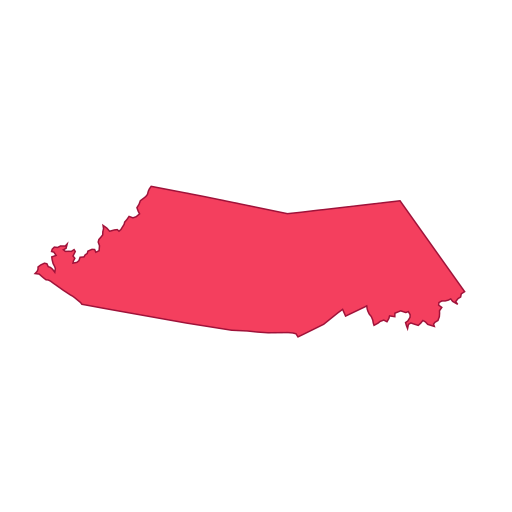 the district of Urupá, Rondônia, Brazil, rotated 193°
{"feature_id": "56859067B96121006788603", "entity_name": "Urupá", "entity_type": "district", "adm_level": 2, "iso_a3": "BRA", "parent_name": "Brazil", "parent_adm1": "Rondônia", "projection": "orthographic", "projection_center": [-62.372, -11.115], "detail": "fine", "context": "isolated", "style": "filled", "palette": "rose", "viewbox_px": 512, "rotation_deg": 193, "n_neighbors": 0, "source": "geoboundaries", "source_scale": "gbopen_adm2", "svg_char_len": 2258}
<svg xmlns="http://www.w3.org/2000/svg" viewBox="0 0 512 512"><g transform="rotate(193 256 256)"><path d="M457.9,186.8L455.3,185.6L453.1,185.9L450.5,185.3L448.1,184.2L441.5,181.5L436.7,179.5L428.1,176.3L425.6,175.6L423.3,174.6L416.5,171.2L414.8,169.8L392.3,170.8L378.1,171.5L308.9,175.0L263.0,178.2L247.6,181.0L237.7,182.2L227.0,183.9L207.6,188.6L202.9,189.3L199.5,189.2L196.9,186.6L191.8,190.7L183.5,197.5L174.7,204.7L163.4,219.1L159.6,223.5L155.2,217.6L138.5,230.9L136.9,232.3L135.7,229.3L134.5,227.3L132.6,224.9L130.0,222.9L127.8,219.8L126.7,217.2L125.4,215.0L121.9,218.1L120.3,220.2L117.1,222.3L113.6,221.4L112.5,224.9L112.4,227.7L107.1,228.1L107.8,231.5L102.7,235.1L97.3,234.6L95.1,236.1L92.6,233.5L92.1,230.9L93.5,226.8L95.3,224.8L93.7,221.9L92.0,219.4L92.1,223.6L90.1,225.6L86.4,225.2L82.3,224.9L80.4,227.6L78.9,230.7L76.1,229.9L73.3,228.0L66.4,227.5L67.7,229.6L66.7,231.7L64.2,234.1L63.7,238.1L64.2,241.3L64.9,243.9L63.4,247.7L67.0,249.2L67.3,251.8L64.8,254.0L61.5,254.8L58.8,256.2L56.6,258.0L54.2,256.0L48.6,254.3L51.2,256.4L49.6,259.9L47.4,262.1L47.5,265.3L44.7,268.2L128.1,342.2L200.8,316.3L203.8,315.3L208.3,313.7L210.8,312.8L221.8,308.8L234.9,304.3L264.9,303.6L319.0,302.3L322.1,302.2L373.8,300.3L375.0,297.4L375.5,295.0L375.6,291.6L376.8,289.1L378.3,287.2L381.1,283.9L381.6,280.0L382.9,276.3L380.7,272.9L378.9,270.9L381.6,267.3L384.5,265.5L388.6,266.0L389.9,262.7L391.6,259.5L391.6,257.2L392.8,253.8L393.6,251.3L395.1,249.3L397.1,250.5L399.9,249.5L404.2,247.2L407.6,249.6L411.9,251.4L410.7,248.4L410.7,245.1L410.1,242.1L411.4,239.4L412.8,236.8L412.9,234.1L410.8,230.8L410.1,225.9L412.9,223.6L414.7,226.0L417.3,225.6L420.9,222.9L421.0,220.5L422.7,218.7L423.4,216.4L427.1,215.2L427.5,211.6L429.1,209.5L432.7,207.9L432.8,210.1L432.0,213.0L434.3,214.8L433.1,219.7L434.7,221.3L436.9,219.0L439.8,218.4L442.8,217.6L445.1,218.7L442.8,220.7L442.7,225.2L444.1,222.8L446.4,222.3L448.7,221.8L451.2,219.7L454.5,219.3L456.1,216.8L456.2,214.4L453.8,214.3L450.9,211.6L454.8,209.2L453.8,206.5L452.0,203.0L450.1,200.8L448.7,198.8L448.4,194.9L451.4,197.4L453.7,198.6L456.1,198.9L458.0,201.4L460.5,201.4L463.7,198.9L465.9,196.3L465.4,194.0L465.8,191.8L467.3,189.2L463.1,189.6L460.6,188.2L457.9,186.8Z" fill="#f43f5e" stroke="#9f1239" stroke-width="1.5"/></g></svg>